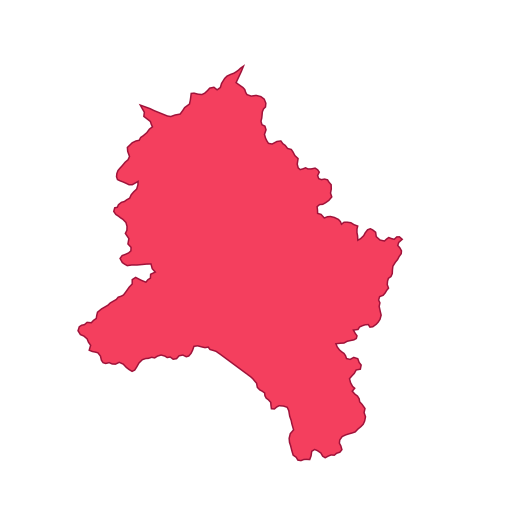 the district of Cachoeiro de Itapemirim, Espírito Santo, Brazil, rotated 206°
{"feature_id": "56859067B37566088489442", "entity_name": "Cachoeiro de Itapemirim", "entity_type": "district", "adm_level": 2, "iso_a3": "BRA", "parent_name": "Brazil", "parent_adm1": "Espírito Santo", "projection": "albers", "projection_center": [-41.196, -20.779], "detail": "fine", "context": "isolated", "style": "filled", "palette": "rose", "viewbox_px": 512, "rotation_deg": 206, "n_neighbors": 0, "source": "geoboundaries", "source_scale": "gbopen_adm2", "svg_char_len": 5144}
<svg xmlns="http://www.w3.org/2000/svg" viewBox="0 0 512 512"><g transform="rotate(206 256 256)"><path d="M91.2,166.7L95.6,169.1L98.9,170.4L100.7,172.9L103.4,174.6L106.6,175.2L110.2,176.7L109.3,180.4L112.0,181.1L115.4,183.5L118.2,186.7L117.1,190.8L116.2,193.6L116.0,197.5L112.6,200.0L113.7,204.1L116.6,205.5L119.5,208.3L123.7,207.7L126.1,204.3L129.7,203.5L131.8,205.6L134.2,207.0L136.8,207.4L139.7,208.1L143.2,209.9L145.7,212.2L141.6,214.8L138.8,216.3L136.6,219.4L133.8,221.6L131.3,223.5L129.7,225.8L130.2,228.5L133.1,230.1L136.0,232.1L132.1,234.7L131.8,237.6L129.9,239.9L127.8,242.0L125.0,243.6L122.4,242.0L120.0,243.6L118.0,247.4L117.2,250.1L116.8,253.5L117.6,257.7L120.4,261.1L123.2,264.7L124.1,268.2L126.5,270.2L127.1,273.7L124.5,276.4L123.7,279.5L123.5,282.3L122.8,285.2L125.5,287.8L126.8,291.2L127.2,294.0L125.7,296.7L125.8,299.9L127.3,303.4L128.5,306.8L128.0,311.5L127.2,314.9L127.1,318.4L126.5,321.7L127.5,324.4L130.3,326.4L133.2,327.6L133.7,330.7L131.9,335.1L135.5,336.1L137.8,334.9L139.1,331.6L142.1,331.0L144.8,330.8L146.1,328.4L147.1,325.8L151.5,324.7L156.4,326.1L158.9,329.8L162.6,330.6L165.2,330.6L167.2,328.5L168.0,324.7L168.1,321.5L169.6,317.4L171.4,314.8L173.5,318.6L175.6,321.4L177.1,324.6L177.7,327.5L181.6,327.1L185.3,327.5L189.0,326.3L191.7,324.9L193.1,322.0L195.2,323.9L197.9,325.0L202.5,325.0L206.5,324.1L209.0,322.6L211.3,320.1L215.8,321.9L219.3,321.3L220.9,324.3L222.7,327.1L221.4,330.1L218.7,331.7L216.8,334.4L214.9,337.9L213.8,342.3L216.6,345.2L217.7,349.2L219.7,353.0L222.9,354.4L225.1,355.8L228.1,355.2L230.7,353.3L233.5,353.0L235.9,355.3L235.9,359.1L238.4,360.5L241.4,360.9L244.5,358.5L247.5,357.0L250.1,357.0L252.1,354.8L254.2,353.0L256.7,353.7L259.2,356.6L260.9,362.0L265.1,363.3L268.5,365.8L271.0,367.2L274.8,366.5L278.2,368.2L281.1,368.7L284.1,370.3L287.4,368.1L290.6,363.7L294.2,362.7L296.7,364.2L299.1,366.1L301.7,369.0L302.3,373.8L304.9,376.6L308.2,376.6L310.6,379.3L311.3,382.5L312.4,385.5L313.5,388.4L313.7,391.6L312.8,394.1L314.1,397.6L317.4,400.6L321.5,401.4L326.3,400.4L330.4,397.6L334.9,397.1L337.1,398.6L339.1,400.7L341.6,401.7L344.2,402.1L347.2,402.6L349.9,403.1L350.0,408.9L350.1,415.4L350.5,421.1L352.2,418.1L353.2,415.4L354.5,413.0L356.0,410.6L358.4,408.1L360.9,405.0L362.0,401.9L362.6,396.0L361.9,391.8L363.8,388.3L367.8,389.2L371.2,386.6L372.1,383.4L373.5,379.8L375.4,377.4L379.1,376.0L383.1,375.2L385.5,373.7L384.1,369.6L383.2,366.8L382.4,363.4L385.2,358.1L385.6,354.7L386.4,350.3L390.6,347.2L393.7,344.0L396.9,343.0L411.3,342.0L415.8,342.0L426.1,340.9L423.0,338.7L419.4,336.3L418.0,332.3L413.1,331.3L409.9,330.6L408.0,328.6L405.7,326.7L407.4,323.3L408.2,318.9L410.1,314.6L411.6,312.0L411.7,308.8L414.3,306.8L416.9,303.5L418.0,300.4L419.2,297.2L417.2,293.8L413.3,290.0L413.2,286.4L414.7,283.0L415.9,278.2L416.8,275.2L417.5,272.3L417.2,269.1L416.1,266.1L414.0,264.0L411.1,264.0L407.8,264.3L404.2,264.4L401.3,264.4L398.5,265.8L396.7,268.4L394.7,271.3L393.3,268.2L392.6,263.8L394.0,260.2L395.0,256.4L394.9,252.6L396.8,249.9L398.2,247.3L400.5,245.2L402.1,241.8L402.0,239.0L404.1,237.4L403.4,233.7L400.2,231.9L397.0,231.5L394.3,230.9L391.7,230.6L387.6,229.1L384.9,226.1L383.3,222.5L383.3,219.0L381.0,217.7L377.9,215.9L376.4,210.7L372.1,209.0L370.7,205.8L371.8,203.0L374.1,200.2L376.5,197.7L377.1,194.2L373.3,191.5L370.7,191.1L367.5,190.9L363.7,193.5L359.1,195.7L355.0,198.2L350.8,200.8L346.9,202.8L343.7,199.1L339.5,197.4L342.7,193.4L341.2,189.8L342.7,187.4L343.5,184.2L348.1,183.9L350.8,183.9L354.8,184.0L356.9,180.5L355.0,176.6L356.3,172.5L357.2,167.0L358.0,162.9L359.5,160.8L361.8,158.6L362.5,155.7L364.4,152.9L366.4,149.9L367.5,146.9L369.5,143.9L371.6,140.8L373.8,136.0L373.1,132.8L372.2,129.8L373.8,127.0L374.8,123.8L378.7,122.3L380.1,119.1L382.4,117.3L383.8,114.9L383.2,110.8L379.4,108.4L375.7,108.6L371.5,107.5L368.7,105.0L365.5,103.3L364.6,98.2L361.3,98.4L358.3,99.2L355.7,99.7L352.0,97.9L349.2,94.5L346.7,93.1L344.0,93.5L341.2,95.8L338.0,95.9L334.9,97.2L332.3,100.5L327.9,100.6L323.7,99.0L320.3,98.3L316.8,98.0L315.0,100.3L314.6,103.6L314.3,108.5L312.7,113.0L310.2,115.5L307.9,116.8L305.4,119.2L302.4,120.0L300.7,122.8L297.9,125.4L294.0,126.1L291.3,125.8L288.8,127.6L285.2,126.9L282.4,128.9L281.4,132.6L278.3,134.9L274.5,134.9L272.6,136.6L271.7,140.1L271.7,143.6L272.2,147.6L269.1,149.7L264.5,150.6L261.6,151.3L259.0,153.2L256.4,151.8L253.0,152.4L250.1,152.8L245.0,152.0L207.8,145.1L205.1,144.3L202.5,143.1L199.7,141.9L197.2,138.5L193.9,137.3L191.0,137.2L188.2,136.7L186.7,134.3L184.5,132.7L181.8,132.2L178.6,130.9L177.0,128.2L175.2,125.5L172.4,126.6L171.3,129.2L169.6,131.6L165.5,133.2L161.6,133.7L158.7,131.3L155.5,126.8L152.2,123.5L150.3,121.0L148.4,118.9L146.0,116.2L147.3,111.4L146.3,106.7L144.2,103.2L141.7,100.6L138.6,96.9L135.3,93.3L131.6,92.7L128.9,90.9L125.9,91.8L123.8,94.1L121.4,95.4L118.5,96.6L118.9,100.5L120.3,104.9L118.5,107.8L115.6,108.0L111.4,107.4L108.3,105.3L105.4,105.0L103.3,107.9L101.3,110.1L98.3,111.3L97.1,114.0L94.6,116.4L93.9,119.6L96.5,122.5L99.0,124.3L100.1,127.4L99.4,131.5L97.0,134.5L94.5,136.9L92.0,139.1L89.7,141.4L88.5,145.2L86.9,148.7L85.9,151.8L86.0,155.3L87.1,159.5L90.2,162.6L91.2,166.7Z" fill="#f43f5e" stroke="#9f1239" stroke-width="1.5"/></g></svg>